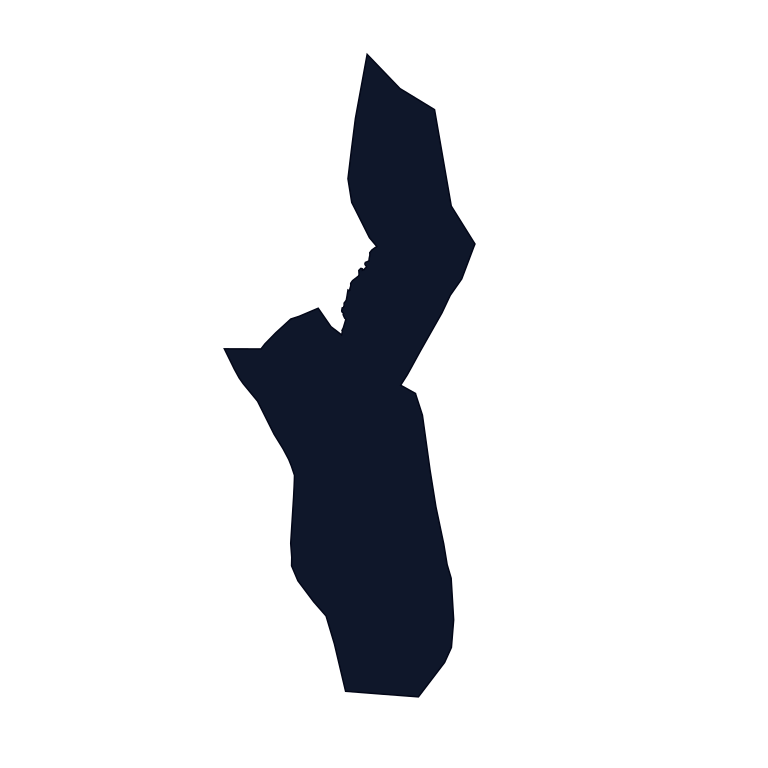 outline of San Baltazar Chichicápam, Oaxaca, Mexico, rotated 202°
{"feature_id": "50627088B15303573205943", "entity_name": "San Baltazar Chichicápam", "entity_type": "district", "adm_level": 2, "iso_a3": "MEX", "parent_name": "Mexico", "parent_adm1": "Oaxaca", "projection": "orthographic", "projection_center": [-96.494, 16.758], "detail": "fine", "context": "isolated", "style": "filled", "palette": "ink", "viewbox_px": 768, "rotation_deg": 202, "n_neighbors": 0, "source": "geoboundaries", "source_scale": "gbopen_adm2", "svg_char_len": 1717}
<svg xmlns="http://www.w3.org/2000/svg" viewBox="0 0 768 768"><g transform="rotate(202 384 384)"><path d="M509.4,376.7L511.2,370.4L545.2,356.8L528.1,341.5L520.5,335.3L514.6,331.5L494.8,320.7L468.3,297.3L468.1,297.2L467.3,296.4L453.4,286.2L444.0,278.3L439.0,273.1L432.8,265.8L431.0,261.0L428.8,254.9L425.4,245.1L410.8,201.3L404.6,188.7L401.6,180.8L390.1,169.3L367.6,155.7L350.8,147.2L332.6,124.4L304.5,84.7L268.8,96.0L234.9,106.8L223.5,148.5L222.8,165.0L231.0,191.3L249.0,229.1L257.8,240.2L268.7,258.1L270.8,261.2L289.8,289.5L309.1,321.5L323.3,346.2L336.7,369.5L350.5,386.0L351.2,387.0L368.1,389.1L365.9,401.1L365.0,408.2L362.7,427.8L360.0,448.3L356.9,471.7L355.8,491.0L351.3,510.5L352.1,544.5L352.1,547.9L388.3,574.2L439.9,657.3L479.9,663.9L523.1,683.3L510.0,619.5L501.9,588.8L494.3,560.8L481.9,540.2L476.7,535.7L452.3,514.2L442.5,509.0L442.1,508.7L443.6,506.7L445.5,503.6L446.4,500.4L445.4,498.3L444.8,495.0L444.1,492.5L446.2,490.3L446.8,489.8L446.8,488.6L446.7,488.2L446.2,487.5L444.7,486.6L444.0,485.9L445.0,483.9L445.0,482.9L445.8,482.2L446.6,481.4L447.0,482.7L448.0,482.7L448.8,482.5L449.9,479.9L448.1,476.1L448.1,475.5L448.0,474.8L448.3,474.2L451.9,468.0L452.6,464.9L451.6,462.5L451.3,459.6L451.3,459.4L450.8,457.9L451.1,457.5L452.6,457.7L452.3,456.3L451.1,451.1L450.4,447.7L450.7,446.2L451.3,444.1L450.2,441.4L450.4,441.0L450.3,440.4L450.3,439.7L451.3,438.9L450.7,436.2L450.1,435.2L447.8,434.2L447.9,433.0L445.2,430.4L443.6,429.7L443.4,429.2L443.5,428.7L442.8,421.2L442.8,420.3L442.9,419.3L443.0,417.8L442.2,417.0L441.7,413.6L444.6,414.5L449.9,416.0L450.8,416.2L454.7,417.3L473.4,429.6L488.1,414.9L494.8,409.3L495.3,408.2L503.6,390.8L509.4,376.7Z" fill="#0f172a" stroke="#020617" stroke-width="1.5"/></g></svg>